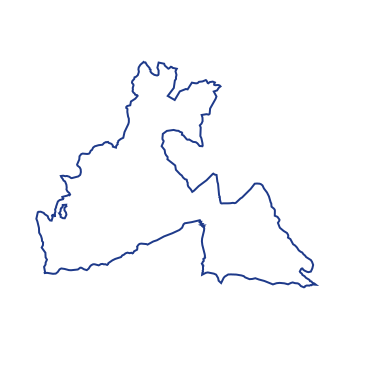 Padang Lawas Utara, Sumatera Utara, Indonesia, rotated 15°
{"feature_id": "22746128B6160471216736", "entity_name": "Padang Lawas Utara", "entity_type": "district", "adm_level": 2, "iso_a3": "IDN", "parent_name": "Indonesia", "parent_adm1": "Sumatera Utara", "projection": "albers", "projection_center": [99.778, 1.636], "detail": "fine", "context": "isolated", "style": "outline", "palette": "blue", "viewbox_px": 384, "rotation_deg": 15, "n_neighbors": 0, "source": "geoboundaries", "source_scale": "gbopen_adm2", "svg_char_len": 5976}
<svg xmlns="http://www.w3.org/2000/svg" viewBox="0 0 384 384"><g transform="rotate(15 192 192)"><path d="M139.2,76.5L138.0,78.4L137.2,79.0L133.0,76.9L131.9,75.3L126.3,75.6L126.4,80.9L128.3,83.3L129.2,86.8L129.1,87.7L128.1,88.5L125.3,88.6L122.3,87.6L120.7,86.4L120.3,84.5L119.4,84.3L118.9,83.2L115.7,81.1L113.5,78.9L112.3,79.3L111.6,78.9L109.2,82.5L108.3,85.4L108.5,87.4L109.6,89.7L109.4,93.2L108.1,95.2L106.8,96.1L106.9,97.8L105.7,100.1L105.6,101.5L106.0,102.3L107.5,103.3L107.9,104.1L107.8,106.9L108.4,108.3L108.5,110.0L109.8,111.2L111.1,111.7L111.9,112.7L114.1,112.7L114.6,113.2L113.1,116.5L109.6,120.4L109.9,124.2L107.2,125.7L106.5,126.9L106.7,127.8L107.9,128.2L108.2,128.7L108.8,131.4L110.7,135.6L112.0,137.5L112.9,140.8L112.9,142.9L111.3,151.6L111.6,157.4L109.4,159.3L107.6,161.7L107.7,163.0L107.3,163.9L107.9,165.1L106.9,166.9L107.1,168.8L103.8,168.7L103.5,167.6L102.2,166.6L100.9,166.2L99.1,166.2L98.0,165.4L97.4,165.8L97.0,165.7L96.6,166.1L95.9,166.1L94.4,167.4L93.3,169.5L89.6,171.0L86.2,173.1L85.0,174.7L84.5,177.2L83.5,178.3L83.1,180.6L82.5,181.7L80.9,182.4L76.4,183.2L75.2,184.1L74.1,186.6L74.7,189.8L73.9,195.2L74.5,196.1L77.2,197.3L78.6,198.9L79.5,201.5L79.6,203.8L79.5,204.5L78.1,206.4L72.3,209.7L71.6,209.8L69.4,209.0L67.0,208.9L65.6,209.5L63.3,209.6L61.2,210.5L62.1,211.6L63.6,212.7L65.0,214.2L66.7,214.7L68.8,217.5L69.8,220.1L70.1,222.1L71.6,223.7L73.7,224.7L74.9,226.0L74.5,226.9L73.4,226.9L72.4,227.8L68.0,230.3L68.7,231.4L69.4,231.7L69.3,232.3L66.2,234.1L64.9,235.9L64.5,241.3L64.7,241.9L64.3,244.3L65.2,246.5L65.0,247.8L65.9,250.7L65.4,250.9L64.0,249.9L63.2,250.3L62.9,251.1L63.9,252.5L63.8,256.0L62.3,256.2L60.1,254.6L58.9,252.7L55.2,251.4L54.3,250.6L51.0,250.2L48.8,250.9L48.3,251.5L48.6,258.2L50.3,260.5L53.5,266.4L54.9,270.9L57.5,273.5L59.1,276.1L59.8,278.1L61.2,279.2L61.8,282.0L61.2,284.6L66.1,288.6L67.5,293.0L69.4,294.9L68.9,298.1L69.3,300.0L68.5,302.6L70.8,307.4L70.7,308.0L70.0,308.7L72.9,307.6L78.9,307.0L81.5,306.1L83.0,304.1L84.1,301.0L85.5,299.7L88.8,299.3L93.4,299.3L95.6,298.8L101.8,296.4L103.7,294.0L104.9,293.8L107.7,294.6L110.6,294.7L112.0,292.8L112.8,290.2L113.7,288.7L115.2,287.4L116.8,287.0L120.9,287.0L122.7,285.2L124.3,284.6L125.6,284.7L126.9,284.2L128.9,284.4L129.6,283.4L129.6,282.4L132.8,278.6L135.2,276.5L140.3,273.2L141.0,271.4L142.6,270.0L143.6,268.5L145.3,267.3L147.7,267.2L149.1,266.4L150.4,266.7L150.9,266.2L151.4,264.3L153.9,261.9L153.7,260.0L153.1,259.1L154.0,256.7L154.8,255.7L156.3,255.0L161.5,254.1L162.7,254.3L167.4,249.8L170.6,247.7L176.4,242.2L183.7,236.9L189.7,231.9L191.7,229.0L192.2,225.4L193.1,224.1L199.5,221.2L206.9,217.2L208.3,218.5L208.0,218.9L207.0,218.9L207.1,219.3L208.1,219.4L208.6,219.0L208.6,220.2L210.4,220.1L210.0,220.9L211.0,221.2L210.0,221.6L210.8,221.7L211.8,221.4L211.3,222.0L212.1,222.3L211.5,222.7L212.0,222.9L211.6,223.4L212.6,222.9L213.2,223.9L213.6,226.1L213.8,234.3L214.3,237.0L215.7,240.5L220.3,248.7L221.2,250.7L221.1,251.6L221.6,252.0L221.3,252.9L220.3,253.8L221.2,255.5L220.5,256.7L220.5,257.8L220.0,258.5L220.9,259.6L221.6,259.8L221.7,260.5L222.1,260.6L222.0,261.6L222.8,264.2L222.7,265.2L223.3,266.1L222.9,267.0L223.2,269.3L226.3,266.5L228.1,265.6L234.3,265.2L236.7,265.6L239.5,268.4L240.7,270.8L243.7,272.4L244.8,266.8L245.5,265.3L248.3,262.3L251.0,261.5L256.2,260.3L261.4,259.8L263.8,259.9L265.4,260.7L270.1,261.3L272.7,260.4L275.5,258.9L279.3,259.2L284.9,259.2L294.1,260.3L297.3,258.2L300.2,257.1L304.9,256.3L308.7,256.3L311.3,254.1L312.7,253.3L315.0,253.4L317.8,252.9L319.4,253.3L321.6,254.7L324.8,255.1L325.5,254.5L325.7,253.6L327.1,252.6L329.7,252.0L330.8,251.1L331.6,251.1L332.4,250.1L335.7,249.5L333.8,248.7L331.8,248.5L330.5,247.5L329.1,247.6L328.2,246.5L324.3,245.4L322.5,244.2L320.1,243.5L319.2,242.4L317.5,241.7L316.7,240.9L317.3,238.2L317.8,237.5L318.5,237.3L319.5,238.2L321.0,238.8L323.6,239.3L325.2,239.3L327.4,238.1L328.0,234.6L327.9,231.1L326.1,228.5L324.5,227.0L319.1,225.3L317.6,224.1L315.8,223.3L314.1,221.9L312.4,221.6L310.2,220.7L307.7,218.4L305.4,217.0L303.2,216.3L299.2,212.0L296.5,211.2L296.4,209.5L295.7,208.3L294.3,207.0L290.6,205.9L286.1,203.8L283.0,199.6L283.8,197.0L283.6,196.0L281.0,193.9L278.1,193.5L276.9,188.6L276.4,187.6L275.3,186.8L272.6,185.6L271.5,182.5L270.7,181.7L267.5,176.4L264.6,173.1L260.6,170.0L258.4,167.4L256.5,166.6L255.2,166.5L252.5,167.0L250.4,167.8L247.9,173.8L241.8,184.3L240.5,185.7L237.2,191.0L236.2,191.7L234.3,191.9L231.5,193.1L223.3,195.4L222.6,195.1L221.1,192.4L220.3,190.2L219.9,190.0L220.1,189.5L219.0,188.1L215.1,177.5L213.8,175.4L211.3,169.2L209.2,169.3L207.9,168.7L207.5,169.0L203.0,176.9L197.0,184.5L193.6,190.2L192.2,191.8L190.2,189.8L187.0,187.7L186.0,186.2L185.4,184.1L184.6,183.3L183.7,181.5L181.8,181.4L179.6,180.3L177.9,178.7L175.9,177.9L170.7,174.7L168.9,170.7L159.8,166.8L159.7,165.5L159.2,164.3L157.6,163.3L156.1,161.7L154.7,158.5L150.8,155.6L151.5,150.6L151.2,149.8L150.0,148.9L149.5,147.6L148.8,143.4L151.9,139.5L158.2,136.8L161.0,136.8L163.2,136.4L164.7,137.0L166.7,137.1L167.3,137.6L167.4,139.3L169.2,139.6L173.3,142.5L174.6,142.6L175.6,142.0L180.0,143.3L182.8,142.9L184.7,143.6L187.4,145.6L190.2,145.1L190.3,144.4L189.4,142.0L187.1,137.6L185.6,135.8L183.7,127.4L182.3,125.6L183.5,123.5L183.9,120.9L182.9,117.5L181.4,115.1L185.8,113.1L188.1,112.9L188.8,111.9L187.9,106.7L190.7,95.8L190.9,93.4L187.0,89.3L189.9,87.4L190.9,84.4L192.2,82.6L191.0,81.9L189.5,81.9L186.9,82.8L185.8,82.8L185.4,82.1L185.8,80.3L183.5,80.0L180.8,81.2L179.6,82.8L179.0,82.7L177.2,80.7L176.4,80.3L173.5,82.5L170.2,83.8L169.3,85.3L168.4,85.8L167.1,86.1L163.6,86.4L161.2,94.0L159.4,94.1L154.2,98.0L151.5,107.6L143.7,105.5L147.5,96.2L146.6,88.8L147.3,86.9L146.8,85.5L146.7,82.9L144.8,79.6L145.4,76.9L141.0,77.1L140.1,76.5L139.2,76.5ZM70.5,238.0L73.7,236.9L73.7,237.3L74.4,238.3L73.4,239.4L73.0,240.7L73.5,242.6L75.6,244.5L76.6,246.5L75.9,250.3L74.1,250.7L71.6,250.1L71.2,248.7L69.6,247.3L70.2,247.2L69.4,246.6L70.0,244.4L69.6,242.9L70.0,241.6L69.8,241.5L70.9,239.6L70.5,238.0Z" fill="none" stroke="#1e3a8a" stroke-width="2"/></g></svg>